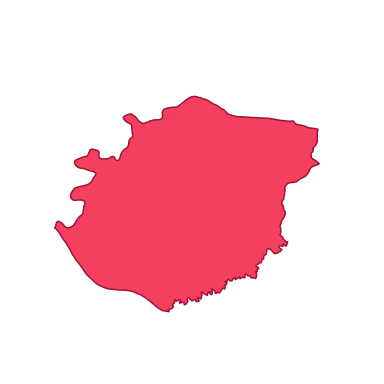 the district of Thapangthong, Savannakhét, Laos, rotated 314°
{"feature_id": "54806243B5714719739337", "entity_name": "Thapangthong", "entity_type": "district", "adm_level": 2, "iso_a3": "LAO", "parent_name": "Laos", "parent_adm1": "Savannakhét", "projection": "robinson", "projection_center": [105.786, 16.099], "detail": "fine", "context": "isolated", "style": "filled", "palette": "rose", "viewbox_px": 384, "rotation_deg": 314, "n_neighbors": 0, "source": "geoboundaries", "source_scale": "gbopen_adm2", "svg_char_len": 6066}
<svg xmlns="http://www.w3.org/2000/svg" viewBox="0 0 384 384"><g transform="rotate(314 192 192)"><path d="M174.2,297.9L176.0,297.1L177.1,296.2L178.1,295.2L178.6,293.7L178.9,293.4L179.2,293.4L179.8,294.1L180.1,294.1L181.5,293.0L181.9,292.4L182.2,292.5L183.1,293.3L183.5,293.1L183.8,292.1L183.2,289.4L183.4,289.1L183.7,289.0L186.6,289.7L188.2,289.7L189.0,290.8L189.4,290.8L191.9,289.4L193.7,289.9L195.6,288.2L196.0,288.1L196.9,288.4L197.9,288.1L198.8,288.5L201.2,287.0L202.0,286.1L203.1,285.6L203.6,285.8L203.9,286.1L205.3,288.1L205.1,290.6L205.2,291.3L204.8,293.7L205.1,294.4L205.6,294.8L207.7,296.0L208.9,296.1L210.2,296.7L212.7,296.8L212.9,296.5L213.0,296.0L212.6,294.6L212.5,293.0L212.9,292.6L214.0,292.3L214.3,292.4L214.8,292.9L215.9,295.1L216.3,295.0L217.6,293.9L218.0,293.9L218.1,296.4L218.4,297.1L218.9,297.3L220.5,296.4L221.4,296.3L221.4,295.8L222.5,295.2L221.7,294.3L221.6,293.9L221.5,292.0L221.6,290.4L222.6,288.0L222.6,287.4L222.0,285.9L222.0,285.5L222.3,285.2L223.7,284.5L225.3,283.4L227.4,281.1L228.4,279.2L229.2,278.6L230.3,278.4L232.9,276.8L234.6,276.2L236.2,276.2L237.3,275.6L238.4,275.6L239.6,274.9L240.9,274.4L241.1,273.6L242.0,273.4L242.6,272.7L242.8,271.5L242.5,271.0L242.5,270.7L244.0,269.3L245.7,266.5L245.7,266.3L245.2,266.4L245.4,265.1L246.0,264.8L246.5,264.0L247.5,263.6L248.7,263.1L250.7,262.9L252.5,261.2L254.3,260.5L255.1,259.7L257.4,258.2L259.6,255.7L262.8,254.8L265.8,255.3L270.2,258.9L272.5,260.2L274.8,260.3L277.1,260.9L281.5,262.5L283.2,262.6L285.6,262.4L287.7,262.0L289.8,261.2L292.5,260.6L296.1,261.8L299.6,263.6L300.5,263.8L300.8,263.3L300.8,261.9L300.2,257.7L299.5,254.8L299.7,254.0L300.2,253.2L301.1,252.4L301.8,251.3L302.8,250.8L305.3,250.8L306.2,249.8L306.9,249.6L307.9,248.7L308.4,248.5L311.1,248.6L313.7,247.9L315.0,247.3L322.7,240.1L323.6,239.9L324.6,239.0L322.0,234.9L319.6,231.9L318.8,230.6L318.6,229.5L318.0,228.0L315.9,224.2L314.8,222.6L313.1,219.5L313.1,218.3L313.5,215.8L312.4,214.6L310.0,212.4L307.7,209.2L305.4,206.5L300.5,199.1L297.6,195.2L293.2,190.3L290.6,187.0L287.9,184.2L280.8,175.7L278.3,173.2L275.4,168.7L273.2,163.8L273.1,160.3L273.3,157.8L272.4,155.2L271.6,149.8L270.0,145.4L268.5,138.2L266.8,135.5L266.1,133.3L264.7,131.1L263.2,128.2L261.8,126.7L260.4,125.7L259.1,125.1L256.5,124.2L244.0,122.5L242.3,121.7L241.0,120.9L239.5,119.1L235.7,116.3L233.4,114.9L231.8,114.4L230.2,114.6L228.6,115.3L225.6,118.7L223.9,119.2L222.2,118.8L221.0,118.1L218.7,115.7L216.1,113.7L215.3,113.5L214.2,112.4L213.0,112.2L211.0,111.1L208.4,110.2L207.3,108.9L206.6,107.7L206.1,104.1L206.2,103.2L206.7,101.6L206.6,100.5L206.7,99.1L206.5,97.1L205.9,94.0L204.9,93.1L203.9,92.5L201.9,91.6L199.3,90.7L198.0,90.7L197.6,91.0L197.4,91.5L196.9,93.4L197.0,96.1L198.2,100.7L198.3,101.4L198.2,102.3L196.7,103.7L194.7,106.2L192.9,108.1L190.9,111.0L188.2,110.6L186.0,110.8L184.7,111.3L182.4,113.2L180.6,114.2L179.2,114.4L177.9,114.4L175.6,113.7L171.9,113.9L169.0,115.0L165.9,116.7L164.3,117.1L163.6,116.9L162.4,115.9L162.3,115.3L162.2,114.6L162.6,113.2L163.0,112.5L163.0,111.1L162.5,110.2L161.6,109.6L158.7,108.9L157.2,108.0L153.5,104.6L152.5,103.2L152.3,101.9L152.9,100.4L153.5,99.6L155.9,97.7L156.2,97.3L156.5,96.1L156.1,94.8L155.1,93.2L154.6,92.1L153.7,90.7L152.7,89.8L151.3,89.5L146.7,91.3L144.8,91.6L143.0,90.3L140.3,88.8L134.0,86.1L132.6,86.2L131.5,87.1L130.8,88.4L130.4,90.3L130.5,92.7L131.4,94.8L133.6,97.8L135.6,102.3L138.5,107.4L138.7,109.7L138.4,110.3L137.9,110.6L128.9,112.5L127.9,112.5L125.2,111.9L123.9,111.3L117.3,107.2L114.4,105.5L113.1,105.0L111.7,105.0L107.8,105.7L105.7,106.5L105.2,106.8L104.1,108.2L103.6,109.4L103.4,111.3L104.0,112.6L105.0,113.9L105.9,114.7L106.8,115.2L109.2,117.8L110.2,119.2L110.6,120.5L110.4,121.7L109.7,122.8L106.2,124.4L100.8,128.4L99.7,128.6L96.2,128.2L94.7,128.2L92.1,128.6L87.9,129.5L85.1,129.9L82.0,129.0L80.2,127.9L79.3,126.6L79.1,125.8L78.9,123.7L79.2,120.2L79.0,118.6L78.5,117.0L78.1,116.3L77.5,115.9L76.6,115.7L75.7,115.9L72.0,117.9L70.8,118.2L71.0,119.3L70.6,124.0L69.9,127.1L68.9,130.3L68.0,135.9L67.5,137.9L65.8,144.3L64.1,149.1L63.4,152.5L62.6,155.3L61.6,163.0L60.9,166.8L59.6,172.2L59.4,174.2L59.7,187.3L61.1,192.1L62.6,196.0L64.4,199.5L70.4,207.0L74.7,211.9L76.8,214.6L78.6,217.4L79.4,218.9L80.7,222.5L82.3,226.1L83.8,233.1L84.3,238.7L84.9,247.5L86.2,253.2L89.9,258.5L90.6,258.0L90.9,256.8L92.2,257.2L93.8,258.4L94.5,258.6L96.5,258.3L96.9,258.0L97.3,256.7L97.9,256.0L100.3,256.3L101.7,254.8L102.6,254.7L102.9,255.2L102.5,256.0L102.5,256.5L104.7,257.3L106.3,258.2L106.0,259.2L105.7,259.4L105.3,259.5L104.1,259.4L103.7,259.6L103.5,260.0L103.7,260.5L105.1,261.4L106.0,261.6L106.7,262.4L106.9,263.0L105.7,264.4L105.7,264.9L106.0,265.2L106.6,265.5L107.8,265.5L110.3,265.1L110.8,264.7L111.3,263.4L111.8,262.7L112.6,262.6L113.1,262.9L113.7,263.4L113.8,263.8L113.3,265.2L113.7,266.3L113.7,267.6L114.0,267.9L116.0,268.2L116.5,268.5L116.9,269.3L116.1,270.6L116.1,271.1L117.7,272.7L118.1,272.8L118.8,272.4L119.1,270.7L119.8,269.4L120.3,269.4L120.6,269.7L120.8,272.2L121.3,272.7L123.2,271.7L124.3,270.9L124.9,270.7L125.7,269.0L126.9,268.9L127.2,269.1L127.2,269.5L127.0,270.8L127.8,272.6L128.0,274.1L128.2,274.7L128.8,274.6L129.6,274.0L131.1,273.5L131.9,273.5L132.6,274.1L132.5,274.5L131.8,274.9L131.4,275.5L131.5,276.5L131.8,277.2L132.5,277.1L133.7,276.6L134.7,275.2L135.4,273.8L135.8,273.7L136.3,274.0L136.6,274.7L136.4,277.2L135.5,279.3L136.0,279.9L137.8,280.0L138.4,281.7L138.8,281.9L140.2,281.8L142.0,281.2L143.8,280.9L144.5,281.4L144.8,282.7L145.6,282.7L146.2,282.4L148.1,280.1L149.1,281.0L149.5,281.0L149.9,280.9L151.3,279.6L151.3,279.2L150.3,278.6L150.6,278.1L151.2,278.2L152.5,279.1L153.7,278.6L154.2,278.6L154.6,279.0L154.6,279.3L154.5,281.1L155.4,282.1L155.8,282.3L158.5,282.1L160.4,282.4L160.5,282.7L160.4,283.1L159.4,283.8L159.4,284.2L163.7,285.1L163.8,285.4L163.0,286.4L163.1,286.7L163.3,287.0L164.6,287.1L165.7,287.6L167.0,289.5L167.8,289.2L168.1,288.3L168.4,288.0L170.2,287.9L170.5,288.1L170.8,288.9L170.4,290.0L170.6,290.6L171.8,291.4L172.2,291.8L172.0,292.6L171.4,293.6L171.4,294.2L173.3,296.3L173.9,297.8L174.2,297.9Z" fill="#f43f5e" stroke="#9f1239" stroke-width="1.5"/></g></svg>